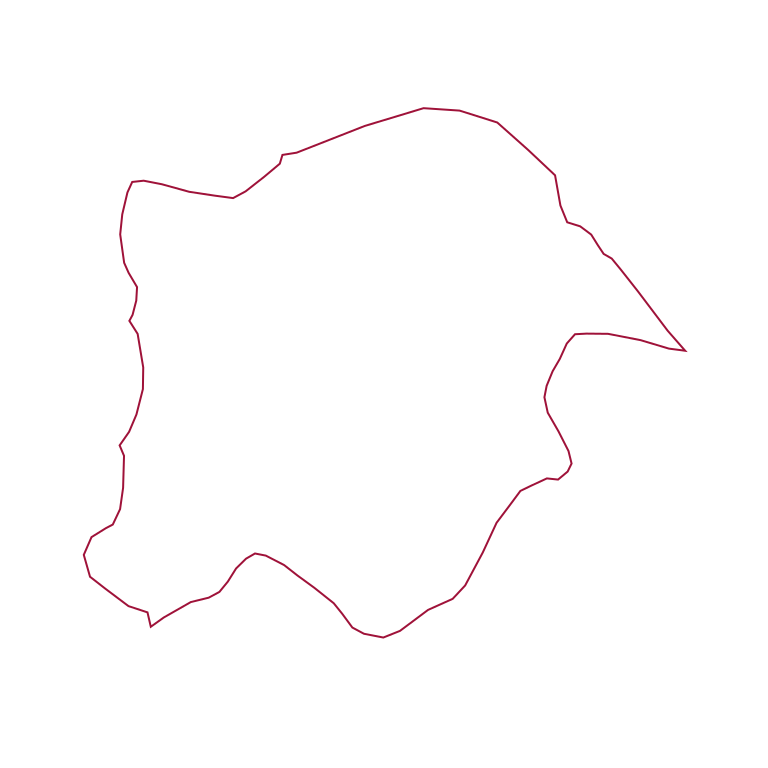 the border of Demir Kapija, rotated 191°
{"feature_id": "MKD-2927", "entity_name": "Demir Kapija", "entity_type": "Statistical Region", "adm_level": 1, "iso_a3": "MKD", "parent_name": "North Macedonia", "parent_adm1": "", "projection": "robinson", "projection_center": [22.23, 41.383], "detail": "fine", "context": "isolated", "style": "outline", "palette": "rose", "viewbox_px": 768, "rotation_deg": 191, "n_neighbors": 0, "source": "natural_earth", "source_scale": "10m", "svg_char_len": 1364}
<svg xmlns="http://www.w3.org/2000/svg" viewBox="0 0 768 768"><g transform="rotate(191 384 384)"><path d="M467.3,193.0L478.3,193.0L486.1,186.2L494.0,174.7L499.6,160.2L505.9,148.5L515.3,140.8L532.0,133.1L555.6,112.8L566.6,101.2L572.6,114.7L592.4,117.2L618.3,129.8L635.8,138.7L646.1,159.0L641.9,177.9L629.5,189.4L623.4,194.3L619.2,210.8L620.3,232.3L625.5,263.9L631.8,273.3L625.1,288.4L621.2,306.8L619.7,333.0L623.5,354.3L635.4,386.2L646.0,397.4L644.0,403.9L643.1,418.6L644.9,432.0L655.9,444.4L662.2,453.4L671.5,480.5L673.3,500.6L672.4,523.1L669.7,534.3L658.7,537.7L640.2,537.7L611.9,535.5L586.0,536.6L567.6,537.7L556.6,546.7L541.1,564.6L528.3,580.4L527.4,589.5L513.9,594.4L452.2,633.6L397.8,662.3L362.0,666.8L322.7,662.3L286.9,641.1L255.9,621.5L244.9,592.9L235.0,577.7L221.5,576.2L209.1,570.2L200.6,561.1L193.2,553.6L184.4,550.6L173.4,541.5L152.3,523.3L115.8,490.5L94.7,474.1L98.3,473.9L111.1,473.1L140.4,476.0L173.6,476.0L194.8,472.1L206.0,469.3L212.3,458.6L216.2,442.2L220.9,428.7L224.0,413.2L224.0,401.6L217.8,387.1L203.6,370.7L190.1,353.4L184.7,341.7L187.0,333.1L194.9,323.4L206.1,322.4L219.4,312.8L229.7,305.1L237.6,288.6L247.0,269.3L254.9,237.4L265.9,201.7L275.6,186.2L297.6,170.7L321.2,144.7L336.3,135.0L356.0,135.0L368.6,138.9L381.2,150.5L391.5,159.2L413.6,170.7L432.4,179.5L447.5,187.2L467.3,193.0Z" fill="none" stroke="#9f1239" stroke-width="2"/></g></svg>